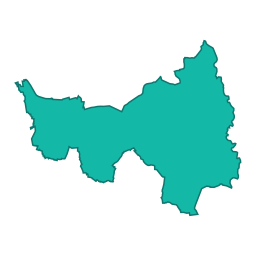 Pho Thong, Ang Thong, Thailand (Natural Earth projection)
{"feature_id": "78962969B68312342882015", "entity_name": "Pho Thong", "entity_type": "district", "adm_level": 2, "iso_a3": "THA", "parent_name": "Thailand", "parent_adm1": "Ang Thong", "projection": "natural_earth1", "projection_center": [100.339, 14.681], "detail": "fine", "context": "isolated", "style": "filled", "palette": "teal", "viewbox_px": 256, "rotation_deg": 0, "n_neighbors": 0, "source": "geoboundaries", "source_scale": "gbopen_adm2", "svg_char_len": 5775}
<svg xmlns="http://www.w3.org/2000/svg" viewBox="0 0 256 256"><path d="M219.9,77.0L219.4,77.2L218.7,76.9L218.1,77.4L217.7,77.4L216.9,78.4L216.6,77.9L216.3,76.6L215.5,76.0L216.9,71.6L216.8,68.9L216.2,67.7L214.3,66.5L214.0,65.7L213.9,64.4L214.4,63.3L216.2,61.8L216.7,61.0L217.1,59.9L217.1,58.9L216.8,57.5L213.1,48.3L212.4,47.7L209.0,45.8L207.1,44.4L206.3,43.5L205.6,41.3L204.9,40.9L204.1,40.7L203.7,42.2L203.3,42.7L203.2,44.7L201.0,46.6L201.5,48.7L201.0,50.1L195.8,56.7L195.1,56.9L194.9,57.5L194.4,58.0L191.8,57.8L189.6,58.2L187.7,57.7L185.0,57.6L185.0,58.0L184.7,58.0L184.7,58.7L183.9,58.9L183.9,62.2L184.2,63.1L184.4,65.2L184.3,67.7L183.3,68.8L179.6,69.6L179.6,70.5L177.1,70.6L174.4,71.4L175.0,72.4L175.2,74.3L176.1,76.2L178.5,78.0L179.5,79.0L180.2,81.3L180.1,82.9L175.0,84.8L173.0,84.1L169.8,83.7L161.7,80.0L161.5,79.6L160.9,77.0L160.4,76.7L160.3,77.0L158.1,79.5L155.5,82.1L153.8,82.1L151.7,83.1L147.0,83.8L145.9,84.3L144.8,85.1L144.2,85.8L143.3,88.3L142.8,92.8L142.7,93.3L142.0,94.0L141.0,95.0L138.9,95.8L129.0,102.5L127.3,104.1L124.7,105.5L124.1,106.2L123.3,108.3L121.7,111.7L109.5,105.9L103.5,106.4L100.7,106.3L97.4,106.5L94.0,107.2L91.2,107.5L84.6,109.5L84.0,107.2L83.1,107.5L84.1,101.9L81.4,101.7L81.3,99.3L81.1,98.7L80.4,97.6L79.0,96.7L78.4,95.9L77.0,98.7L76.3,97.9L75.4,97.8L69.6,99.5L69.0,97.4L62.5,99.3L62.1,99.9L52.6,99.4L52.5,98.6L51.9,98.3L51.4,98.3L51.4,98.8L45.5,98.6L38.6,96.5L36.5,95.3L35.4,93.8L30.6,85.4L27.5,80.9L27.1,80.4L26.3,80.3L26.1,79.6L25.3,79.6L25.2,80.2L24.0,79.9L24.1,81.3L22.3,81.2L23.2,86.4L20.9,86.4L20.2,84.9L19.8,84.5L18.5,84.7L18.1,83.5L17.9,82.1L15.4,83.0L17.1,85.2L17.4,86.5L18.3,86.2L18.9,88.9L18.8,89.9L19.6,90.5L20.7,92.2L21.3,92.3L22.5,92.0L22.9,92.2L23.3,92.8L23.4,94.3L24.6,96.1L24.8,96.0L25.1,96.8L25.1,99.8L24.2,101.0L25.2,102.8L26.7,112.4L28.0,112.3L28.5,113.3L29.8,114.0L29.9,114.6L30.7,114.4L31.1,116.3L32.0,117.5L32.2,117.4L31.9,118.5L33.2,118.6L33.3,119.0L34.0,119.0L33.8,119.7L34.0,121.3L33.8,121.4L33.4,123.0L33.9,123.1L33.9,123.9L33.2,124.0L33.3,125.6L33.6,125.7L33.7,126.9L32.2,126.9L30.5,127.5L30.8,129.0L34.9,126.4L35.0,127.1L35.4,130.5L35.2,131.6L31.6,138.9L32.8,145.1L33.9,145.4L33.9,145.6L36.3,146.0L36.3,145.6L36.9,145.7L37.9,146.0L36.6,149.5L38.9,150.3L39.5,149.5L40.3,150.5L42.1,151.1L42.2,151.4L42.2,153.2L42.4,154.1L43.0,154.0L43.2,156.0L44.5,156.0L44.6,156.6L44.3,156.6L44.4,157.5L45.2,157.5L45.3,158.3L46.3,157.7L48.0,157.5L48.5,158.7L49.7,158.0L50.3,158.5L52.1,159.0L53.3,159.1L53.7,159.3L53.8,159.8L54.6,160.0L54.7,159.7L55.9,160.0L56.0,160.3L57.1,160.5L57.4,159.1L59.8,159.5L61.3,159.3L61.7,158.5L62.4,158.8L64.6,158.8L64.7,158.5L65.0,158.5L67.0,154.1L69.0,147.7L69.1,146.7L71.8,148.2L77.7,147.7L77.6,151.0L77.9,151.1L78.4,151.6L78.6,151.4L79.3,151.9L79.2,152.6L79.6,153.5L79.6,155.8L79.4,157.3L80.1,158.1L79.6,159.4L80.7,160.9L81.1,162.8L81.9,164.3L80.9,165.2L80.6,166.4L81.2,167.2L82.6,170.4L83.1,171.8L83.2,172.9L84.5,172.9L84.8,172.6L86.2,173.1L86.6,174.6L87.6,173.9L88.0,175.0L88.0,177.0L90.7,177.5L91.9,177.9L92.3,178.3L92.3,178.7L93.1,179.0L95.5,181.0L95.8,180.6L96.2,181.0L97.0,179.8L98.8,181.1L98.8,181.4L99.8,181.8L100.7,182.0L100.8,181.5L103.7,182.6L104.0,182.1L105.0,181.9L106.6,181.2L106.7,180.9L108.2,180.5L109.8,181.0L109.8,181.3L110.5,181.6L113.0,181.8L113.3,181.3L112.8,180.8L113.8,178.1L113.2,177.6L114.1,173.3L114.3,170.9L115.6,168.5L114.0,167.5L114.6,166.9L112.7,165.9L112.3,165.6L112.4,165.3L114.5,163.2L116.9,161.8L118.0,160.8L120.3,157.5L121.2,156.6L121.8,155.5L122.6,152.9L123.5,153.0L124.0,151.6L124.5,151.7L129.3,149.6L130.3,150.3L131.4,148.8L131.7,149.0L132.7,148.4L133.4,148.5L133.8,148.0L135.7,150.6L134.2,150.9L138.1,155.2L138.5,155.0L140.2,156.6L140.7,157.6L140.8,158.8L143.1,159.7L143.6,161.6L145.4,163.7L147.4,165.1L148.4,165.4L150.0,165.3L150.6,164.8L153.8,165.4L154.7,166.1L154.7,169.4L156.7,169.6L162.0,176.3L162.7,176.5L162.8,176.9L164.7,177.2L163.9,184.1L162.9,188.2L162.3,189.8L162.2,191.6L162.6,192.1L162.7,193.8L162.4,194.6L162.4,196.0L161.9,197.1L161.2,197.7L161.8,198.5L162.3,199.9L162.7,203.1L164.8,203.1L165.8,202.6L166.2,202.8L167.8,201.9L170.1,202.6L172.1,204.1L176.3,204.8L177.4,205.9L177.6,206.6L179.8,209.9L180.4,210.1L180.3,210.9L180.8,211.6L180.8,212.4L183.8,212.4L186.8,213.2L189.4,212.8L189.5,214.1L189.7,214.4L189.9,215.3L197.8,214.3L196.0,210.5L194.6,208.9L194.6,207.6L195.6,204.5L201.7,188.6L206.6,186.2L210.0,186.6L210.1,187.2L214.1,187.3L218.8,185.5L220.0,184.7L220.0,184.2L221.7,184.0L222.1,184.2L222.4,185.0L226.4,185.8L231.5,188.0L231.7,187.3L231.7,186.7L231.0,185.5L230.0,183.2L230.1,181.3L230.5,179.7L233.1,177.7L235.1,178.0L237.5,178.9L238.0,178.2L238.3,177.2L238.4,175.6L237.7,173.4L237.8,169.4L238.1,168.9L239.0,167.9L239.2,163.6L239.7,163.0L240.6,162.5L240.5,160.6L239.6,158.3L239.1,157.9L237.5,158.5L236.9,158.4L236.9,156.8L237.4,154.0L237.5,152.6L236.9,152.1L236.0,151.8L232.7,151.5L231.9,150.2L231.4,149.9L231.5,148.8L231.8,148.2L232.2,147.7L233.1,147.7L233.6,147.2L235.3,145.1L235.8,143.7L235.3,143.4L234.4,143.4L232.8,143.9L232.2,143.8L230.8,141.1L230.3,140.7L228.2,140.4L226.7,139.0L226.2,137.5L226.2,136.7L226.7,135.8L227.9,135.7L228.1,134.7L226.3,133.3L227.9,129.9L227.3,129.3L227.8,128.0L228.2,128.0L228.6,127.5L229.5,127.8L229.3,126.5L229.7,125.7L230.8,125.4L232.2,126.2L232.7,126.0L233.1,125.2L232.7,123.9L232.2,122.9L231.7,122.6L231.6,122.2L231.8,121.2L233.1,120.0L233.2,119.5L233.8,118.9L234.3,117.1L234.2,115.5L233.0,112.4L233.8,110.5L233.8,108.4L232.0,106.8L230.8,105.3L229.6,102.6L229.2,102.3L228.1,102.5L227.6,102.0L227.4,101.2L227.4,100.2L227.8,99.9L228.8,99.5L229.0,99.1L228.7,96.7L228.0,96.0L227.1,96.2L226.4,96.1L224.8,95.1L224.4,94.6L223.6,92.4L223.4,89.2L223.6,88.1L223.5,87.4L223.2,87.3L223.5,85.1L221.4,81.8L221.2,80.9L221.4,79.3L221.1,77.3L219.9,77.0Z" fill="#14b8a6" stroke="#0f766e" stroke-width="1.5"/></svg>